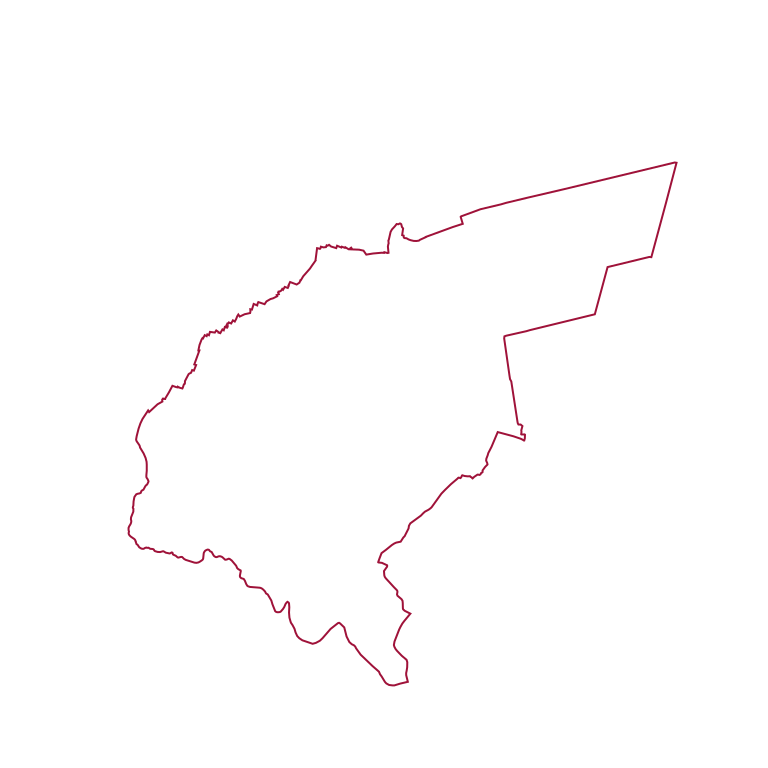 Wihan Daeng, Saraburi, Thailand (Robinson projection), rotated 195°
{"feature_id": "78962969B45095827197319", "entity_name": "Wihan Daeng", "entity_type": "district", "adm_level": 2, "iso_a3": "THA", "parent_name": "Thailand", "parent_adm1": "Saraburi", "projection": "robinson", "projection_center": [100.989, 14.34], "detail": "fine", "context": "isolated", "style": "outline", "palette": "rose", "viewbox_px": 768, "rotation_deg": 195, "n_neighbors": 0, "source": "geoboundaries", "source_scale": "gbopen_adm2", "svg_char_len": 6160}
<svg xmlns="http://www.w3.org/2000/svg" viewBox="0 0 768 768"><g transform="rotate(195 384 384)"><path d="M583.1,167.5L581.6,165.3L580.4,164.9L578.1,162.9L575.7,162.2L574.0,162.4L573.2,162.9L572.4,163.8L571.3,164.5L570.5,164.4L569.1,164.9L567.2,164.3L565.0,164.7L564.0,164.7L563.5,164.5L562.8,163.7L562.0,163.3L559.3,163.2L556.8,163.7L554.1,165.3L553.1,165.2L551.2,164.6L547.3,164.8L546.6,165.2L545.6,166.3L545.2,166.4L544.4,166.0L543.9,164.9L543.4,164.6L540.7,164.2L538.5,163.1L537.7,163.1L535.2,164.5L534.1,164.6L531.9,163.3L530.0,162.8L520.9,162.4L518.9,162.7L517.1,163.6L516.1,164.5L514.3,166.5L513.6,167.6L513.5,168.7L514.3,173.7L514.3,174.6L513.8,176.2L513.3,177.0L512.0,178.1L511.3,178.5L510.2,178.5L508.7,177.4L507.0,177.1L504.0,174.1L503.0,173.6L501.8,173.3L501.1,173.4L500.6,173.6L499.2,174.7L497.9,175.2L497.1,175.2L496.0,175.1L494.9,174.7L492.1,173.2L491.4,173.3L490.4,173.8L488.9,175.0L487.9,175.1L485.4,174.1L479.8,170.2L478.1,168.1L476.7,167.4L474.2,166.8L473.9,166.1L473.6,161.6L473.3,160.7L472.8,160.1L471.6,159.5L469.1,159.4L468.7,159.1L467.4,157.9L465.3,155.1L463.8,153.7L462.9,153.4L460.9,153.3L451.7,155.0L450.5,155.1L449.2,154.9L447.5,154.2L445.2,152.8L443.8,151.2L441.8,150.6L436.8,145.7L434.7,142.3L430.3,136.4L429.4,136.0L428.1,135.9L426.4,136.4L425.4,136.9L424.8,137.5L423.3,140.6L422.6,142.9L422.2,145.9L421.6,147.5L420.9,148.6L419.6,148.2L419.0,147.6L417.7,143.9L416.6,138.7L414.9,133.9L413.0,130.7L412.1,129.3L410.0,127.5L407.1,124.4L405.1,121.1L402.6,118.1L400.0,116.5L396.5,115.3L385.7,114.6L382.8,116.3L379.5,119.4L377.6,122.5L372.2,133.6L366.6,141.1L365.6,141.7L364.5,141.4L359.4,138.6L354.8,130.4L350.7,125.8L347.8,124.3L345.3,123.8L343.8,122.9L342.6,121.5L336.5,116.5L322.3,108.7L314.4,104.8L312.7,102.6L310.7,101.0L306.0,96.5L304.3,95.4L301.2,94.6L297.6,95.1L295.9,95.6L290.8,98.8L283.9,102.5L287.2,108.5L287.8,110.6L287.9,112.8L288.3,116.4L289.5,121.3L290.8,123.4L296.5,126.1L302.0,129.4L304.1,130.9L305.9,132.8L306.9,134.4L307.2,138.0L305.8,150.8L305.3,153.4L304.3,157.3L303.0,160.5L299.1,169.0L305.3,170.3L307.2,171.3L307.7,172.2L309.2,177.3L310.0,179.4L311.4,180.7L316.2,183.0L317.0,184.2L317.2,186.7L317.7,187.7L318.4,188.3L321.8,190.3L332.0,196.8L333.4,198.0L334.2,199.3L335.6,203.3L333.8,208.2L333.8,209.1L334.1,209.7L339.7,210.7L343.2,210.2L343.5,210.4L343.2,214.4L342.6,220.0L339.2,224.3L334.7,230.5L332.8,232.6L331.1,234.0L327.1,236.0L325.6,240.7L324.6,242.5L324.5,243.2L322.9,250.8L323.2,253.5L322.5,256.2L314.3,266.4L312.7,269.3L311.4,271.3L308.4,274.1L306.9,276.0L306.1,277.3L300.2,292.9L297.7,297.4L293.4,304.6L288.2,312.1L288.1,312.5L287.6,312.9L285.8,312.9L285.3,313.8L285.0,315.8L284.7,316.1L282.3,316.0L279.1,316.5L277.1,317.2L276.4,316.7L275.2,316.5L274.3,315.8L274.0,315.7L272.8,317.7L270.3,320.6L269.9,320.8L268.2,320.9L267.4,321.7L267.2,323.0L266.3,323.9L266.0,324.4L266.4,326.1L264.8,330.2L263.2,333.0L263.8,334.3L265.5,336.4L265.8,338.3L265.4,342.0L265.4,344.2L263.9,351.1L261.7,367.0L245.4,367.0L237.8,366.5L236.2,366.2L234.1,365.6L233.9,365.7L233.9,367.9L234.7,371.5L235.1,371.7L238.2,370.8L238.5,371.0L238.8,373.3L239.4,374.8L239.4,379.2L241.5,380.2L243.3,379.7L243.7,379.7L244.6,380.7L245.3,382.1L261.7,419.4L263.5,421.3L265.1,424.9L279.7,459.1L280.0,461.2L278.4,462.3L260.1,471.9L257.0,473.8L198.4,505.9L198.3,554.8L160.6,575.4L158.6,575.7L158.5,632.2L158.7,673.4L160.5,673.2L260.1,619.0L293.4,601.2L312.9,590.6L317.5,587.8L336.0,577.8L352.9,565.9L353.2,565.3L349.4,559.1L358.2,553.4L381.7,536.9L381.6,536.7L386.7,532.5L387.4,531.5L389.8,530.5L392.4,529.9L395.5,529.8L397.7,530.0L400.0,530.6L401.7,530.3L402.4,530.4L403.0,531.0L403.4,532.4L405.0,532.5L405.8,539.2L407.3,540.3L408.7,542.8L409.6,543.2L410.2,543.2L411.5,542.0L413.2,541.8L414.3,539.2L416.3,535.4L417.0,532.7L416.7,524.6L416.9,523.7L415.9,521.0L416.0,520.0L415.8,517.7L413.6,511.9L414.5,511.4L417.8,511.4L417.8,510.7L420.2,510.2L423.2,509.1L428.4,507.2L434.6,504.4L438.3,507.5L442.8,507.3L450.8,505.5L450.2,506.5L451.0,507.2L451.7,506.4L452.1,505.3L453.1,505.0L456.8,506.1L457.0,505.4L460.3,505.7L460.5,504.8L465.1,505.4L465.3,502.9L470.7,503.1L473.1,504.2L474.2,503.0L475.3,503.1L475.5,501.2L477.8,500.3L480.5,500.3L480.5,498.5L480.7,498.1L481.2,497.9L482.3,498.0L483.8,497.9L482.2,485.9L482.0,485.7L484.4,479.2L485.4,476.3L489.9,467.2L491.2,462.6L491.6,462.6L491.9,460.0L494.1,457.5L501.1,458.2L501.8,454.3L501.4,454.1L501.8,451.9L505.0,452.1L505.9,448.9L506.9,449.5L507.5,447.6L508.0,446.9L509.3,446.2L509.1,446.0L510.0,445.1L508.8,443.5L510.7,442.1L509.9,441.1L513.4,438.0L515.6,436.7L518.9,433.4L520.0,430.2L526.6,430.6L526.9,428.9L526.8,427.1L530.6,427.6L530.8,421.7L532.5,421.6L531.8,419.5L531.7,417.9L536.7,415.3L540.8,411.8L542.7,413.4L543.3,411.5L543.6,408.7L544.3,405.7L546.4,406.4L547.3,402.9L549.8,403.3L550.1,402.0L550.9,402.0L551.4,399.6L549.9,399.5L549.9,398.9L550.4,398.9L550.3,397.8L552.5,397.9L552.7,394.4L554.2,394.9L555.3,390.7L557.1,390.8L557.1,391.3L559.9,392.3L560.7,389.9L565.6,389.3L565.7,385.8L567.5,386.2L567.7,384.3L569.8,384.8L570.6,381.2L571.2,381.4L571.7,379.8L572.3,374.0L572.0,368.4L571.0,368.6L572.3,353.8L570.4,353.7L571.1,347.7L572.9,347.8L573.3,344.9L574.8,343.6L575.3,342.9L577.0,335.3L576.5,333.1L576.6,332.4L577.2,331.9L577.4,328.5L577.6,327.5L580.2,327.5L582.5,328.0L582.5,327.3L584.0,327.2L587.9,327.5L589.6,320.2L591.5,313.6L591.5,312.9L592.7,312.6L593.5,312.8L593.9,312.6L593.9,311.8L594.2,311.2L593.5,309.7L597.5,305.8L603.6,296.1L605.0,297.4L608.2,287.8L609.1,282.9L609.5,277.4L609.4,269.7L609.1,266.3L608.6,265.3L607.9,264.5L604.7,261.8L603.9,260.9L603.2,259.5L598.2,254.7L595.1,250.8L593.2,247.4L592.3,244.7L590.7,238.8L590.0,234.7L589.5,232.7L588.9,231.9L587.7,230.9L586.3,229.1L586.3,228.1L586.8,225.6L587.6,224.6L588.1,223.5L589.0,219.7L590.3,218.4L590.7,217.6L590.8,215.9L591.9,215.0L593.4,214.3L594.7,213.4L595.8,210.5L595.8,209.2L595.5,205.8L594.6,201.5L594.7,200.8L594.7,199.9L594.5,199.3L593.8,198.7L593.1,195.8L593.8,189.8L593.5,187.9L592.6,186.2L592.4,184.6L592.6,182.9L593.3,180.6L593.5,178.9L592.9,176.7L592.1,175.4L592.1,173.9L591.5,172.7L590.6,171.9L589.2,171.1L585.0,169.6L584.0,168.9L583.0,167.6L583.1,167.5Z" fill="none" stroke="#9f1239" stroke-width="2"/></g></svg>